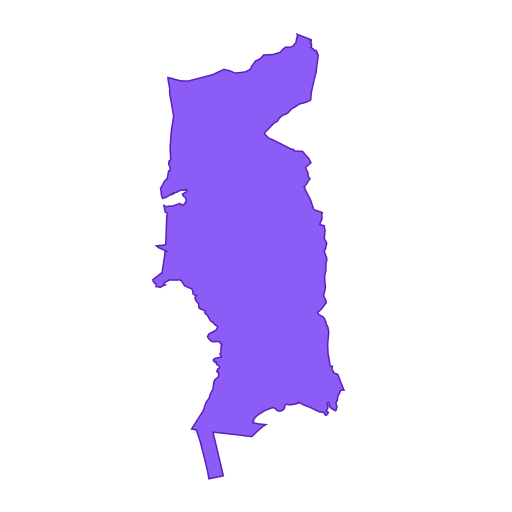 Chamula, Chiapas, Mexico (orthographic projection), rotated 257°
{"feature_id": "50627088B50895209283285", "entity_name": "Chamula", "entity_type": "district", "adm_level": 2, "iso_a3": "MEX", "parent_name": "Mexico", "parent_adm1": "Chiapas", "projection": "orthographic", "projection_center": [-92.726, 16.817], "detail": "fine", "context": "isolated", "style": "filled", "palette": "violet", "viewbox_px": 512, "rotation_deg": 257, "n_neighbors": 0, "source": "geoboundaries", "source_scale": "gbopen_adm2", "svg_char_len": 6071}
<svg xmlns="http://www.w3.org/2000/svg" viewBox="0 0 512 512"><g transform="rotate(257 256 256)"><path d="M280.7,168.3L277.7,167.4L261.1,160.8L256.1,150.1L254.2,150.2L250.4,152.2L249.3,152.2L248.6,151.7L248.2,153.5L247.6,154.3L246.9,155.8L247.4,156.7L247.7,158.2L248.2,159.4L248.0,160.0L248.3,161.1L249.0,160.1L250.0,160.2L250.8,162.0L251.4,162.8L251.7,165.4L252.2,166.2L250.3,173.5L250.4,174.6L250.3,175.3L249.7,176.0L249.4,177.1L248.4,177.9L244.2,179.2L242.9,180.0L239.7,184.0L238.9,185.5L237.9,186.1L236.7,186.4L235.5,186.4L234.6,186.2L233.4,186.2L232.4,186.6L230.8,189.2L230.1,188.6L229.3,187.1L228.4,187.1L225.2,187.7L222.8,189.1L221.8,189.4L220.1,188.7L219.0,188.7L217.8,189.1L216.8,190.0L214.9,193.0L213.9,193.7L211.9,193.5L211.3,193.6L210.0,194.8L209.1,195.3L203.9,196.8L202.5,197.5L201.5,198.4L201.0,199.4L199.4,199.9L197.5,201.1L196.9,202.2L196.4,202.4L195.2,202.4L193.8,201.4L192.5,199.8L192.3,199.2L192.1,198.0L190.8,192.9L190.1,192.0L188.0,190.5L184.3,192.3L182.5,194.0L181.7,196.1L181.7,197.0L181.8,197.8L180.7,200.6L180.5,201.6L179.3,201.9L178.6,201.6L178.0,202.7L177.6,202.9L177.1,202.7L176.4,201.9L173.2,200.9L171.6,200.5L170.3,200.4L169.7,200.1L168.9,198.8L167.2,199.3L166.5,199.7L165.9,199.8L165.5,199.5L165.5,194.6L165.5,193.5L165.3,192.6L164.7,191.3L163.9,191.2L163.4,190.9L162.9,191.5L162.1,191.7L161.8,192.2L161.6,193.4L160.9,193.6L160.4,193.1L159.8,193.1L159.0,193.5L156.9,195.4L156.3,195.7L155.5,195.4L154.9,194.7L154.7,193.5L154.0,193.2L153.4,193.2L153.0,192.0L151.8,191.9L151.0,193.0L150.6,193.3L149.9,193.2L149.2,192.9L148.9,193.1L148.3,192.7L146.9,192.3L144.7,188.2L142.9,186.6L136.2,184.2L131.4,180.2L128.0,178.3L125.0,174.8L124.0,174.0L117.2,169.8L101.9,154.3L100.0,158.7L89.1,159.8L87.9,159.9L87.7,160.2L87.1,159.9L69.6,160.3L57.2,160.4L49.5,160.0L49.2,174.7L94.1,174.5L87.6,192.9L84.9,200.8L83.8,203.3L81.0,211.3L85.1,218.2L88.1,223.7L89.5,227.6L91.9,220.5L94.2,215.6L97.8,217.5L99.9,220.5L100.8,222.3L103.2,229.4L103.6,230.7L104.4,236.5L104.4,237.7L104.2,238.9L103.3,240.2L102.2,241.0L101.1,241.6L100.5,242.3L99.7,243.4L99.4,244.9L99.5,246.2L100.3,248.4L101.0,249.2L101.6,249.7L103.3,250.2L103.8,250.6L104.6,251.7L104.5,253.2L103.7,254.3L103.5,255.0L103.1,256.9L103.1,259.3L102.9,261.3L103.0,263.8L104.1,264.3L99.7,269.6L96.5,274.4L90.0,282.5L88.2,286.8L88.2,287.2L86.1,287.4L85.5,287.7L85.0,288.4L85.6,289.7L87.1,291.3L87.3,291.3L88.4,290.5L88.8,290.0L89.6,289.7L90.0,290.1L91.6,291.8L94.0,292.2L95.7,292.2L96.6,292.3L96.9,292.5L97.1,293.4L96.9,293.8L95.9,294.1L93.7,293.8L92.7,293.9L91.6,294.4L90.3,295.4L89.0,296.9L88.1,297.4L87.7,297.9L87.4,298.7L88.0,299.7L88.9,299.8L90.6,300.9L91.8,301.1L93.6,300.7L94.4,300.8L95.6,301.3L96.1,301.8L96.3,302.2L97.2,302.9L100.2,303.9L101.7,304.6L102.8,306.0L104.8,307.2L105.7,308.1L106.0,308.8L106.1,309.5L105.5,311.5L122.3,309.0L124.7,305.3L125.6,305.6L128.0,304.6L129.9,304.9L131.3,305.7L131.5,304.6L132.4,303.6L145.1,304.3L154.0,306.0L164.5,309.5L166.6,309.9L170.5,310.0L174.0,309.2L175.8,309.2L179.4,308.7L181.1,308.0L185.1,303.9L187.2,303.2L188.4,306.0L190.1,308.4L194.7,314.0L197.1,314.1L201.6,312.9L202.3,312.9L203.2,313.8L204.2,313.9L208.8,316.2L211.4,317.0L215.0,317.2L221.6,318.5L225.8,320.7L234.0,322.8L235.1,323.7L237.1,324.3L238.8,324.4L240.9,324.0L242.8,324.0L243.5,323.6L245.2,323.5L247.3,325.3L252.6,327.8L257.6,326.5L261.2,327.6L265.5,329.1L267.8,329.0L270.0,329.4L270.6,328.6L271.8,325.9L272.5,325.3L277.9,328.9L280.3,329.0L282.6,329.9L283.2,330.4L283.9,329.3L284.2,329.2L288.1,322.8L299.5,321.6L302.6,320.6L309.2,319.0L311.5,318.8L312.8,318.4L313.1,319.3L314.6,321.2L317.3,323.8L318.7,325.7L319.2,325.9L319.7,325.9L321.2,325.0L322.0,324.9L325.8,325.3L328.8,324.5L331.1,324.2L334.5,330.5L339.5,329.3L340.1,328.7L347.6,324.8L349.5,317.3L351.5,316.6L351.5,315.1L351.8,314.9L365.7,298.2L367.9,295.0L372.4,292.1L373.4,291.7L374.8,293.1L379.9,301.1L380.3,301.4L381.9,304.7L382.2,306.4L382.6,307.4L384.8,309.4L386.3,311.9L387.3,314.2L387.5,316.9L388.0,318.7L389.7,321.5L391.3,323.6L392.8,328.5L393.9,331.3L394.3,332.5L394.5,338.4L394.8,341.0L395.8,344.4L403.3,346.8L403.4,347.0L408.5,349.3L413.4,351.8L414.7,352.0L416.5,353.5L417.2,353.6L419.0,354.4L421.7,356.1L424.3,356.8L437.5,361.9L439.2,361.5L439.3,360.7L439.5,360.6L440.1,361.3L441.5,361.2L443.0,360.6L443.1,359.7L442.8,359.3L442.8,359.1L443.5,358.7L443.9,358.9L445.2,358.0L445.4,358.0L446.3,356.9L447.1,356.5L447.2,356.2L447.3,356.3L447.4,356.9L448.8,357.6L450.3,357.7L451.2,357.6L451.9,357.1L453.2,357.4L453.0,358.2L453.8,358.4L454.3,358.4L462.8,345.9L461.4,346.0L457.0,343.7L454.8,342.9L454.3,342.0L452.3,339.3L451.6,336.1L452.1,335.1L452.8,331.6L450.7,327.4L449.0,325.8L448.5,317.4L449.3,313.6L449.4,311.8L450.3,309.0L447.2,304.5L446.2,299.5L441.2,293.8L439.5,293.3L439.5,292.7L438.9,291.3L437.8,287.0L437.8,286.4L438.9,276.8L442.4,272.0L445.0,266.7L442.4,254.2L441.7,229.3L443.5,222.4L446.1,217.1L448.1,213.6L449.7,210.3L445.8,209.9L438.9,209.6L434.1,208.5L410.6,207.2L398.8,202.4L393.9,200.6L386.7,198.5L383.9,197.5L379.0,196.3L369.2,194.7L369.0,194.2L368.3,193.9L368.1,192.6L365.5,191.7L364.2,191.7L363.7,191.9L360.9,192.1L358.5,191.5L358.5,190.0L351.4,186.9L351.1,186.7L350.4,184.9L348.9,183.1L347.6,182.2L343.3,178.1L341.8,178.2L336.6,177.5L333.1,177.9L333.5,180.6L333.2,180.6L333.4,181.6L333.6,181.7L334.3,184.6L334.8,185.3L334.7,186.0L335.0,186.5L334.8,187.0L335.1,187.5L334.8,188.2L335.8,188.9L335.8,189.2L335.4,189.7L335.3,190.1L335.7,190.9L336.0,190.7L336.0,193.6L337.0,196.6L336.8,197.6L337.0,198.9L336.6,199.8L336.7,201.8L336.1,200.5L336.1,201.7L336.5,202.9L336.5,203.2L336.1,203.6L334.3,202.7L333.7,201.9L333.8,201.1L333.5,200.9L333.3,200.6L333.3,199.7L333.1,199.5L333.0,198.3L331.7,198.4L330.5,198.9L329.5,200.0L326.7,200.7L325.4,200.3L324.7,200.3L323.7,199.0L323.5,198.4L321.9,197.0L322.8,195.2L324.5,193.2L324.0,192.2L323.4,185.5L324.1,183.0L324.1,180.8L324.4,179.4L326.0,177.6L319.5,177.4L317.3,179.3L314.9,178.0L287.4,170.6L287.5,166.8L288.0,164.2L288.0,162.6L288.3,161.3L286.2,162.8L284.2,165.4L282.6,167.8L281.7,168.8L280.2,170.7L280.7,168.3Z" fill="#8b5cf6" stroke="#5b21b6" stroke-width="1.5"/></g></svg>